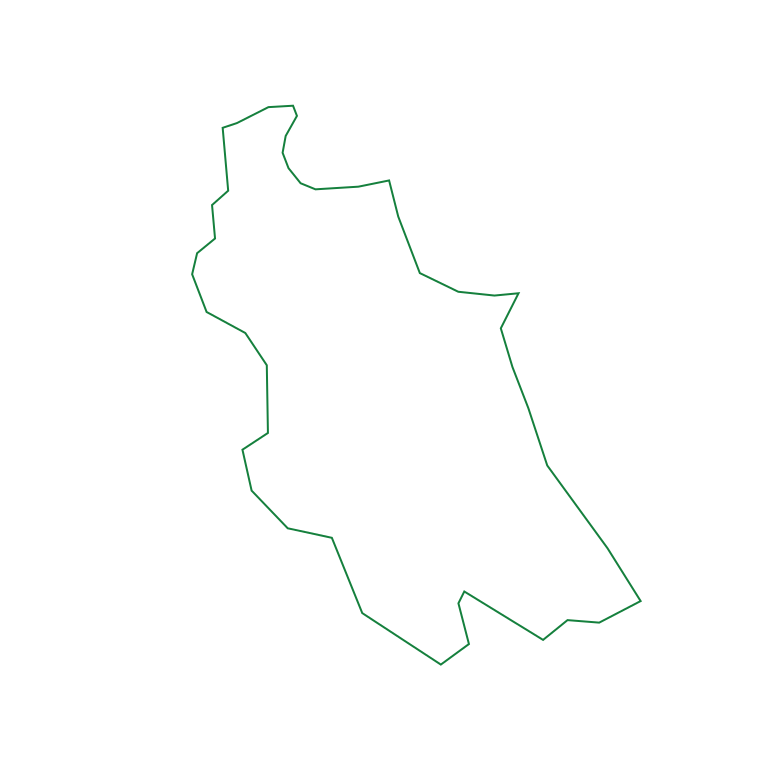 the border of Bath and North East Somerset, rotated 69°
{"feature_id": "GBR-2043", "entity_name": "Bath and North East Somerset", "entity_type": "Unitary Authority", "adm_level": 1, "iso_a3": "GBR", "parent_name": "United Kingdom", "parent_adm1": "", "projection": "albers", "projection_center": [-2.517, 51.347], "detail": "fine", "context": "isolated", "style": "outline", "palette": "green", "viewbox_px": 768, "rotation_deg": 69, "n_neighbors": 0, "source": "natural_earth", "source_scale": "10m", "svg_char_len": 701}
<svg xmlns="http://www.w3.org/2000/svg" viewBox="0 0 768 768"><g transform="rotate(69 384 384)"><path d="M666.3,431.5L590.1,486.4L508.9,487.8L484.2,525.6L436.1,545.8L394.6,539.7L388.1,509.9L324.5,486.7L286.7,495.2L253.2,523.8L212.8,523.8L194.9,511.6L187.6,489.6L155.3,480.4L147.7,460.2L87.0,442.8L87.7,427.9L84.1,392.7L91.6,369.2L102.5,369.2L117.2,386.9L131.8,395.8L148.3,395.8L166.7,389.9L177.7,378.2L190.6,337.2L195.8,306.3L232.8,310.7L293.3,310.8L324.5,281.6L341.0,249.2L347.5,225.9L373.9,255.0L414.2,258.0L458.2,257.9L518.6,260.8L617.4,234.2L678.6,222.2L683.9,268.6L670.2,297.3L679.9,327.2L606.5,383.4L615.4,393.1L657.2,397.9L666.3,431.5Z" fill="none" stroke="#15803d" stroke-width="2"/></g></svg>